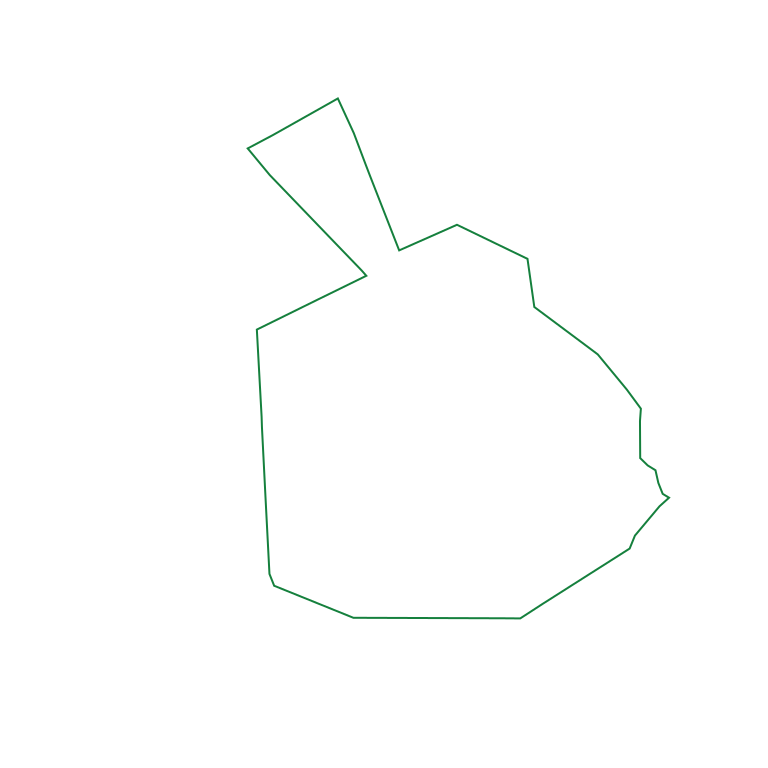 São José do Piauí, Piauí, Brazil, rotated 327°
{"feature_id": "56859067B64517443240530", "entity_name": "São José do Piauí", "entity_type": "district", "adm_level": 2, "iso_a3": "BRA", "parent_name": "Brazil", "parent_adm1": "Piauí", "projection": "natural_earth1", "projection_center": [-41.469, -6.79], "detail": "fine", "context": "isolated", "style": "outline", "palette": "green", "viewbox_px": 768, "rotation_deg": 327, "n_neighbors": 0, "source": "geoboundaries", "source_scale": "gbopen_adm2", "svg_char_len": 658}
<svg xmlns="http://www.w3.org/2000/svg" viewBox="0 0 768 768"><g transform="rotate(327 384 384)"><path d="M586.0,544.6L584.6,520.9L579.4,475.6L576.7,468.2L552.0,401.3L572.5,357.2L531.9,290.2L469.5,280.2L485.8,201.0L488.1,190.2L495.3,157.2L500.8,119.4L426.2,114.7L398.0,112.2L402.0,146.6L420.0,240.0L427.1,276.7L428.1,283.6L374.3,277.1L307.0,269.1L263.4,345.0L258.2,353.6L224.4,411.9L216.3,425.9L184.5,480.9L182.0,493.4L231.0,563.4L355.6,644.9L370.6,654.8L397.2,654.8L500.4,655.8L511.9,647.8L548.5,636.6L561.1,634.6L557.9,627.9L560.2,616.4L564.7,604.2L560.8,595.9L558.5,585.7L578.5,554.5L586.0,544.6Z" fill="none" stroke="#15803d" stroke-width="2"/></g></svg>